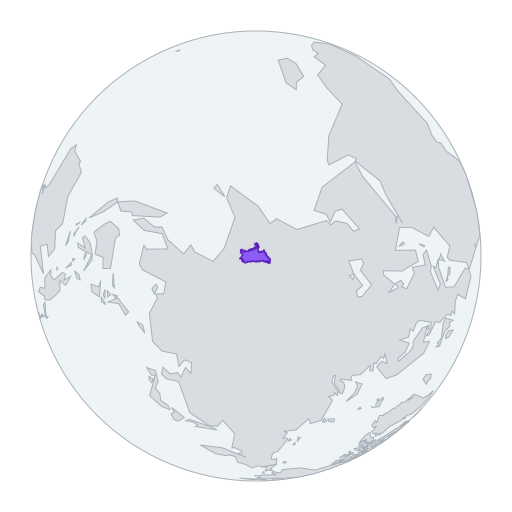 the Earth from above Uttar Pradesh, rotated 152°
{"feature_id": "IND-3253", "entity_name": "Uttar Pradesh", "entity_type": "State", "adm_level": 1, "iso_a3": "IND", "parent_name": "India", "parent_adm1": "", "projection": "orthographic", "projection_center": [80.221, 27.157], "detail": "fine", "context": "on_globe", "style": "filled", "palette": "violet", "viewbox_px": 512, "rotation_deg": 152, "n_neighbors": 0, "source": "natural_earth", "source_scale": "10m", "svg_char_len": 15578}
<svg xmlns="http://www.w3.org/2000/svg" viewBox="0 0 512 512"><g transform="rotate(152 256 256)"><circle cx="256" cy="256" r="225" fill="#eef3f6" stroke="#a8b0b8"/><path d="M323.1,41.0L336.6,47.0L346.9,51.4L339.9,49.0L363.6,59.9L374.8,67.7L358.4,57.5L353.8,55.6L359.6,59.8L356.2,58.9L357.0,60.6L352.3,59.3L343.1,54.2L339.9,53.4L344.2,56.5L342.3,57.7L336.5,53.1L332.5,54.9L316.3,48.1L304.5,39.3L291.7,36.8L269.7,31.9L268.0,32.3L258.5,31.5L253.0,31.9L250.5,31.5L248.2,32.2L251.6,32.6L251.7,33.2L248.8,33.6L245.0,32.9L246.0,32.6L243.3,32.7L242.7,32.3L241.4,32.7L237.2,32.3L236.9,33.5L229.9,33.8L228.4,33.4L234.3,32.4L242.1,31.1L258.5,30.7L274.9,31.5L291.2,33.5L307.3,36.6L323.1,41.0ZM215.0,34.5L217.4,34.1L210.4,35.5L201.2,37.6L197.6,38.4L215.0,34.5ZM192.7,39.8L191.7,40.2L181.6,43.4L192.7,39.8ZM355.1,55.2L351.6,53.1L356.2,55.6L355.1,55.2ZM357.9,61.1L360.0,62.1L359.5,62.6L357.9,61.1ZM220.9,33.5L219.1,33.8L220.9,33.5ZM224.5,33.0L225.7,32.8L227.7,32.5L226.8,32.7L224.5,33.0ZM352.0,61.3L350.6,62.1L350.5,60.3L352.0,61.3ZM222.4,33.4L230.9,32.2L234.2,31.8L233.8,32.2L222.4,33.4ZM348.8,62.0L345.5,64.7L349.9,67.0L335.7,62.6L343.2,61.4L342.2,58.7L345.4,61.0L348.8,62.0ZM253.9,32.6L250.2,32.2L256.0,32.2L253.9,32.6ZM257.6,32.5L275.3,32.9L279.3,34.1L272.6,33.5L279.9,35.2L273.2,35.5L267.6,34.7L266.4,33.7L264.7,34.7L257.6,32.5ZM328.4,60.1L326.2,60.3L326.7,59.2L328.4,60.1ZM252.2,33.4L255.4,33.2L259.1,34.2L253.4,34.8L254.0,34.3L252.2,33.4ZM285.2,35.7L286.9,36.8L281.9,37.3L281.9,37.8L273.4,35.7L285.2,35.7ZM251.7,34.3L250.3,35.2L245.9,35.2L249.3,33.8L251.7,34.3ZM262.5,34.2L264.0,34.8L261.3,34.6L262.5,34.2ZM229.4,36.7L233.2,35.9L235.5,36.3L229.4,36.7ZM250.1,35.6L251.7,35.6L253.0,35.7L251.2,36.4L250.1,35.6ZM270.5,36.4L268.0,36.5L273.7,37.2L270.2,38.0L265.1,36.5L265.8,37.4L264.8,37.7L261.8,36.3L270.5,36.4ZM253.4,37.7L245.7,36.7L238.2,37.7L236.0,37.3L248.5,35.9L253.4,37.7ZM258.6,37.0L254.8,37.3L254.0,36.4L256.0,35.7L258.6,37.0ZM269.6,39.1L276.3,38.3L277.2,38.7L269.6,39.1ZM251.3,38.1L253.2,38.4L250.9,38.3L251.3,38.1ZM264.2,38.9L266.4,38.5L267.4,38.9L264.2,38.9ZM255.1,39.5L252.7,39.0L254.0,38.4L255.1,39.5ZM259.4,39.3L260.2,40.0L255.9,38.5L260.3,39.0L259.4,39.3ZM264.7,39.4L266.0,39.5L263.6,39.5L264.7,39.4ZM251.6,42.4L245.9,40.6L248.8,39.0L253.9,41.0L251.6,42.4ZM40.2,191.2L43.2,182.9L48.6,169.3L73.6,144.5L73.5,151.7L87.0,161.4L87.7,165.0L80.2,173.9L85.6,197.8L94.3,192.2L105.1,208.3L116.0,213.6L130.3,195.6L112.5,186.4L115.2,175.2L134.2,174.2L150.6,183.2L152.2,179.2L146.7,166.1L155.5,161.4L145.4,161.2L145.8,166.3L139.5,166.6L138.7,162.0L141.9,160.3L138.3,156.3L124.3,166.4L123.2,172.7L110.8,168.5L107.8,178.9L102.7,181.2L105.9,164.8L109.4,160.2L111.2,140.4L106.4,144.6L104.4,163.9L102.8,161.1L96.3,168.0L100.0,160.5L103.4,139.4L95.6,135.8L76.9,147.2L74.2,144.7L75.8,137.0L91.3,119.7L95.7,127.5L101.3,122.4L107.9,111.6L108.7,115.2L111.9,112.0L114.3,114.9L125.0,111.2L128.6,113.6L139.9,105.2L143.2,105.6L135.6,110.3L132.2,115.2L141.9,122.4L145.8,121.7L152.4,115.9L154.2,119.1L159.4,112.6L168.4,114.6L161.7,107.1L169.2,101.2L178.5,99.1L179.8,96.1L164.6,99.6L159.6,102.4L157.3,106.8L142.8,114.4L137.9,113.7L148.6,101.3L142.8,99.2L153.6,91.4L188.0,85.0L198.7,86.7L201.5,101.4L194.9,104.0L190.6,99.8L188.0,109.1L191.4,105.7L192.9,108.6L200.5,104.5L201.9,106.4L206.7,99.5L209.4,101.4L206.3,105.8L219.7,102.2L227.1,105.5L229.5,103.8L229.9,101.2L238.9,107.6L240.3,106.2L237.8,103.4L238.9,98.9L244.3,93.8L247.1,96.3L245.5,98.4L246.5,107.2L241.9,113.2L243.7,113.8L248.3,109.2L247.1,98.4L249.6,94.7L251.1,99.4L250.7,97.4L252.8,96.4L257.6,97.8L256.3,92.6L275.6,80.2L286.7,82.5L285.9,87.6L302.4,83.7L313.7,88.0L311.4,85.3L317.7,82.4L314.3,81.0L313.7,79.5L328.4,73.2L334.1,74.1L337.9,69.7L336.7,68.5L332.7,67.4L335.7,62.6L349.9,67.0L351.8,69.4L359.4,71.0L362.8,76.6L369.0,82.5L368.3,88.6L373.4,93.3L375.8,93.5L384.4,100.4L393.9,115.2L375.6,102.3L359.3,82.9L365.1,90.3L360.6,88.6L360.7,91.4L365.1,97.1L367.5,97.7L358.3,109.0L362.4,126.5L369.8,123.8L376.8,127.9L388.0,148.7L383.3,181.4L392.7,189.7L394.9,196.1L390.3,201.4L387.0,192.1L380.2,190.0L379.0,184.3L370.6,190.7L368.6,182.9L363.0,192.2L367.8,197.8L376.0,194.6L372.1,206.9L383.5,216.0L387.4,229.1L377.1,255.4L362.7,265.3L362.3,269.6L355.2,265.9L347.8,275.5L362.6,296.8L362.9,303.6L349.9,318.2L349.3,313.4L330.5,303.6L328.4,319.8L342.7,331.1L347.6,345.4L337.3,342.1L332.1,329.5L325.4,325.6L326.2,311.8L318.8,291.7L308.3,296.5L308.1,288.1L296.3,271.4L280.7,277.6L256.4,300.0L254.6,321.1L245.6,329.9L230.8,299.0L228.3,277.9L220.4,279.3L207.3,260.1L177.3,254.3L175.3,248.3L169.2,249.7L160.4,242.0L158.3,232.2L151.9,231.2L158.0,257.0L165.2,258.3L174.4,251.1L174.5,259.8L183.3,269.1L165.2,285.7L124.5,292.6L124.5,276.2L114.0,225.2L116.5,220.8L116.6,220.2L116.8,219.2L111.7,225.9L111.3,216.1L112.6,250.2L111.1,263.6L123.9,293.3L121.7,295.1L127.0,301.9L148.8,302.1L148.1,307.2L135.4,327.8L108.6,349.7L114.5,371.1L116.5,387.1L105.0,391.7L111.2,404.6L106.0,405.4L109.2,411.9L107.9,416.0L104.0,417.5L91.6,408.6L86.7,402.3L74.2,386.0L55.1,349.5L53.8,337.8L51.0,325.6L42.5,292.6L44.0,279.7L42.8,271.5L39.7,268.8L38.8,259.0L37.3,256.2L31.5,244.0L32.5,228.6L39.6,193.4L40.2,191.2ZM58.7,161.0L56.5,164.7L58.7,161.0ZM164.0,203.6L176.5,208.2L177.9,193.9L182.8,194.7L181.4,189.8L177.9,192.9L175.7,179.9L183.6,178.0L185.6,172.3L181.5,170.5L167.4,176.2L170.5,194.5L164.6,198.8L164.0,203.6ZM127.3,93.8L125.7,97.0L121.2,99.6L116.7,98.2L123.2,94.2L127.3,93.8ZM124.5,101.1L136.3,90.2L139.6,91.2L135.7,92.3L136.7,94.1L130.8,96.5L122.3,108.8L117.8,112.1L112.0,106.7L116.4,106.4L117.7,103.0L124.5,101.1ZM160.8,66.0L166.0,62.8L166.3,68.9L161.5,71.3L156.7,69.5L159.6,65.8L160.8,66.0ZM220.1,35.0L222.0,34.5L223.1,34.5L222.3,35.0L220.1,35.0ZM231.0,36.3L212.6,37.9L213.9,37.2L201.6,39.8L200.2,39.1L208.3,37.3L198.0,39.1L204.7,37.2L197.3,38.8L215.4,34.9L221.0,33.8L215.2,35.2L216.3,35.8L218.5,35.7L228.8,34.8L241.5,33.3L244.6,34.2L243.4,35.2L240.8,35.7L239.6,34.9L237.1,36.1L233.4,35.4L231.0,36.3ZM228.0,54.7L227.7,52.2L221.9,57.2L218.2,55.4L217.8,56.1L212.7,55.9L205.9,57.2L205.0,56.1L202.7,57.1L199.3,57.3L195.9,58.4L193.2,57.0L188.7,58.3L190.0,56.9L183.0,59.8L187.0,57.1L183.0,57.4L181.3,59.9L175.0,52.3L169.3,52.2L162.5,53.9L170.1,49.8L181.5,45.9L193.4,43.4L197.7,44.5L200.4,42.8L203.3,43.0L200.0,44.3L206.8,42.4L208.3,43.0L218.9,42.6L227.8,40.3L231.9,40.3L229.2,41.6L235.2,40.8L232.8,43.3L235.7,43.5L236.1,46.5L229.2,49.2L232.9,49.3L233.5,51.9L228.0,54.7ZM251.5,43.2L244.0,46.2L238.2,46.8L239.8,41.5L237.5,40.9L238.3,38.2L246.6,37.5L245.6,38.2L246.6,38.9L243.6,38.8L246.7,39.4L245.4,40.6L247.5,41.5L244.5,42.1L251.5,43.2ZM92.1,163.0L93.3,164.8L96.0,166.5L92.0,171.2L92.1,163.0ZM94.1,148.5L95.7,149.1L91.3,155.9L90.1,154.3L94.1,148.5ZM100.4,144.0L96.2,148.6L97.7,145.1L100.4,144.0ZM137.5,110.7L139.7,111.2L138.4,112.8L135.5,114.3L137.5,110.7ZM210.2,71.5L210.9,69.4L212.4,69.2L218.0,65.2L221.2,66.6L219.1,69.5L210.2,71.5ZM125.1,197.5L119.8,199.7L119.1,197.1L121.1,196.8L125.1,197.5ZM103.4,185.1L106.6,190.5L102.3,186.3L103.4,185.1ZM214.6,72.3L216.5,70.4L216.9,72.3L214.6,72.3ZM223.9,67.4L225.0,69.3L222.3,66.3L223.9,67.4ZM226.9,473.1L230.9,474.4L227.1,474.1L226.9,473.1ZM148.2,394.8L144.4,418.6L135.5,415.9L130.4,407.4L129.5,392.1L138.8,390.4L142.4,384.0L148.2,394.8ZM395.0,368.4L400.3,367.6L400.0,368.6L395.0,368.4ZM389.7,366.9L395.9,365.4L388.4,369.1L389.7,366.9ZM398.2,364.9L404.5,361.3L407.2,359.1L406.6,361.0L398.2,364.9ZM385.4,368.0L361.0,373.0L351.0,372.3L353.6,368.6L369.7,366.6L385.4,368.0ZM352.8,368.7L337.3,361.6L314.3,335.7L322.6,335.5L346.3,349.8L344.8,353.0L354.2,359.1L352.8,368.7ZM389.4,344.0L387.9,353.1L374.7,355.3L368.5,355.2L364.3,344.7L366.7,338.5L371.8,337.7L390.3,313.4L397.0,316.7L391.7,326.6L397.1,333.0L389.4,344.0ZM255.7,323.1L261.5,335.5L256.5,337.4L255.7,323.1ZM396.8,297.3L390.0,308.1L395.9,294.5L396.8,297.3ZM399.6,285.0L400.6,289.4L397.1,285.8L399.6,285.0ZM363.1,276.1L357.7,278.1L357.1,274.9L363.6,270.3L363.1,276.1ZM390.4,240.2L392.1,249.9L391.8,253.5L388.4,248.2L390.4,240.2ZM244.8,85.2L233.4,88.9L227.4,93.2L227.3,98.1L222.5,93.2L231.9,86.4L244.8,85.2ZM271.5,80.3L271.5,76.7L274.7,77.6L275.2,78.6L271.5,80.3ZM269.2,78.5L263.2,75.3L265.3,72.9L269.6,75.9L269.2,78.5ZM238.5,72.8L234.9,73.6L234.7,72.0L238.5,72.8ZM416.2,414.3L416.9,413.7L413.0,417.5L410.3,419.4L413.6,414.2L409.6,417.9L415.7,411.1L408.8,418.1L409.6,414.9L405.5,415.8L369.0,437.7L362.4,438.5L366.9,433.6L366.5,421.6L369.0,421.2L370.9,411.8L394.1,397.0L411.7,375.2L421.2,372.4L430.5,356.6L439.4,353.1L434.9,364.4L441.8,366.0L452.0,340.1L450.9,360.4L452.3,364.1L446.4,376.4L441.7,383.5L429.7,399.5L416.2,414.3ZM474.8,308.6L475.3,306.7L475.2,307.4L474.8,308.6ZM407.9,365.3L415.6,356.4L419.3,354.5L407.9,365.3ZM475.0,306.9L474.3,308.2L474.6,306.7L475.0,306.9ZM475.5,303.7L475.8,302.0L475.5,305.4L475.5,303.7ZM474.7,302.5L475.2,303.9L474.5,303.1L474.7,302.5ZM474.0,304.0L473.3,303.8L473.4,303.2L474.0,304.0ZM461.6,319.8L464.7,326.6L461.2,329.7L457.6,326.5L453.0,335.5L443.7,340.1L446.4,334.9L445.6,329.5L434.9,332.4L432.7,329.4L436.9,324.9L429.3,325.0L437.7,319.5L440.8,326.3L445.3,317.6L452.4,315.2L458.6,313.9L462.9,316.5L461.6,319.8ZM437.0,337.7L438.3,337.1L436.9,340.1L437.0,337.7ZM472.0,301.7L473.0,303.9L472.7,305.1L472.1,305.3L472.0,301.7ZM464.0,314.2L468.8,303.4L469.8,302.6L466.4,313.0L464.0,314.2ZM468.0,300.0L469.9,299.0L470.7,301.8L470.2,303.3L468.0,300.0ZM419.9,337.3L419.5,339.7L417.2,338.7L419.9,337.3ZM423.0,334.8L429.7,334.6L422.3,337.0L423.0,334.8ZM400.7,334.0L402.9,338.8L410.0,333.2L404.6,339.9L409.0,347.4L407.2,351.2L402.9,343.0L400.8,353.5L397.6,354.2L396.2,346.1L399.6,334.7L402.8,329.4L415.3,323.7L400.7,334.0ZM423.1,328.1L421.2,322.3L422.5,317.5L424.6,320.2L423.1,328.1ZM415.0,308.6L409.3,302.7L404.7,307.1L413.5,293.4L417.6,301.4L415.0,308.6ZM409.3,293.3L405.0,297.3L409.1,289.7L409.3,293.3ZM403.6,295.1L402.5,289.9L406.2,289.5L403.6,295.1ZM411.7,292.8L411.5,283.5L413.9,288.3L411.7,292.8ZM399.5,278.3L408.4,284.9L397.8,284.0L394.7,266.5L399.0,264.9L399.5,278.3ZM407.0,200.0L404.5,195.4L407.6,193.0L408.5,196.8L407.0,200.0ZM415.6,182.6L407.6,190.9L400.9,198.2L404.2,199.7L404.9,208.8L398.5,202.1L401.4,190.9L407.0,187.0L405.4,179.7L408.0,173.4L403.7,165.1L404.1,160.7L409.7,167.2L415.6,182.6ZM401.6,161.8L395.0,147.0L402.0,146.7L405.1,149.9L405.1,156.6L401.4,156.3L401.6,161.8ZM395.4,143.5L391.7,143.2L374.3,124.6L372.3,120.8L389.4,133.9L386.8,134.5L389.9,139.4L395.4,143.5ZM328.2,61.4L326.4,60.4L328.9,60.9L328.2,61.4ZM311.6,78.8L311.2,76.9L314.2,77.4L311.6,78.8ZM311.7,72.2L308.6,73.0L310.7,71.1L311.7,72.2ZM302.0,75.0L306.8,72.8L303.9,76.5L302.0,75.0Z" fill="#d9dde1" stroke="#a8b0b8" stroke-width="1"/><path d="M264.5,253.8L264.7,254.0L264.7,254.5L264.8,254.6L265.3,254.6L265.7,254.8L266.2,254.8L266.5,254.9L266.6,255.1L266.8,255.1L267.0,255.0L266.9,254.7L267.0,254.6L267.7,254.7L268.7,255.1L268.8,255.1L268.8,255.3L269.0,255.5L269.0,255.8L269.3,256.2L269.3,256.4L269.5,256.7L269.8,256.9L270.0,256.8L270.1,257.0L270.1,257.3L270.3,257.4L270.7,257.7L270.6,257.8L269.6,257.8L269.5,258.1L269.2,258.2L269.2,258.3L269.1,258.2L269.0,258.5L269.3,258.5L269.6,258.7L270.0,258.8L269.9,259.0L270.0,259.2L269.3,259.4L269.3,259.5L269.6,259.9L269.9,260.1L270.0,260.2L270.1,260.3L270.1,260.5L270.3,260.6L270.7,260.5L271.0,260.8L271.5,261.1L271.5,261.3L271.2,261.5L270.9,261.4L270.7,261.2L270.5,261.3L270.5,261.6L270.4,261.7L270.2,261.7L270.1,261.4L269.9,261.4L269.0,262.3L267.2,263.4L267.1,263.6L267.0,264.0L267.2,264.3L267.2,264.8L267.5,265.2L267.8,265.3L267.8,265.5L267.7,265.6L267.8,265.8L267.8,266.2L267.5,266.2L267.4,266.3L267.4,266.5L267.6,266.9L267.1,267.9L266.9,268.1L266.9,268.3L266.8,268.5L266.4,268.6L265.8,268.6L265.4,268.3L265.0,268.1L265.0,267.9L264.8,267.6L265.0,267.5L265.1,267.0L265.1,266.7L265.0,266.1L265.3,266.0L265.1,265.7L264.9,265.6L264.5,265.6L263.9,265.5L263.8,265.8L263.5,265.9L263.5,265.6L263.3,265.5L263.3,265.2L263.2,265.4L263.1,265.0L262.8,265.2L262.5,265.0L262.2,264.9L261.9,264.7L261.8,264.3L261.7,264.3L261.4,264.3L261.3,264.2L260.8,264.1L260.7,263.7L260.3,263.8L260.4,264.0L260.1,264.0L260.1,263.8L259.6,263.8L259.6,264.1L259.4,264.4L259.4,264.6L259.2,264.7L259.1,264.8L258.8,264.6L258.6,264.7L258.4,264.5L258.1,264.6L257.9,264.5L258.1,264.1L258.3,263.7L258.2,263.6L258.0,263.8L257.6,263.9L257.8,264.1L257.5,264.2L257.2,263.9L257.2,264.1L256.8,264.0L257.0,264.3L256.9,264.4L256.7,264.2L256.7,264.4L256.3,264.4L256.2,264.3L256.2,264.1L256.3,264.1L256.7,263.7L256.4,263.3L256.3,263.0L256.2,262.8L255.9,262.8L255.7,263.1L254.9,263.5L254.6,263.5L254.7,263.8L254.5,264.0L254.4,263.9L254.0,263.9L253.6,263.8L253.4,264.1L253.2,263.9L253.0,264.2L252.9,264.2L252.9,263.9L253.2,263.3L252.9,263.4L252.8,263.5L252.7,263.4L252.8,263.1L252.6,263.2L252.6,263.3L252.7,263.7L252.7,263.8L252.3,263.7L252.1,263.9L252.0,263.7L251.7,263.8L251.7,263.6L251.8,263.4L251.7,263.3L251.6,263.6L251.4,263.6L251.3,263.8L251.2,263.7L251.4,263.3L251.5,262.8L251.5,262.7L251.3,262.7L251.3,262.3L251.2,262.5L251.1,262.8L250.9,262.4L250.7,262.5L250.8,262.8L250.7,263.1L250.4,262.8L250.2,262.8L250.2,263.0L249.9,263.4L250.1,263.6L250.3,264.0L250.4,264.7L250.7,265.0L250.7,265.5L250.6,265.8L251.0,265.8L251.4,266.3L251.3,266.5L251.6,266.5L251.3,267.0L251.1,267.3L250.9,267.5L250.8,267.4L250.7,267.3L250.4,267.2L249.8,266.7L249.7,266.8L249.6,267.1L249.4,267.2L249.2,267.0L249.3,266.8L249.0,266.6L248.9,266.3L249.0,265.9L248.9,265.2L248.7,264.9L249.2,264.4L249.3,264.2L249.4,263.7L249.0,262.9L249.3,262.6L249.4,262.3L249.8,262.2L250.1,262.2L250.8,261.9L250.7,261.4L251.0,261.1L251.5,260.1L251.4,260.0L251.4,259.8L251.5,259.7L251.8,259.4L251.9,259.2L251.9,258.8L251.6,258.2L251.5,257.7L251.2,257.8L251.0,257.5L250.9,257.5L250.8,257.4L250.7,257.5L250.7,257.4L250.2,257.5L249.8,257.4L249.7,257.3L249.6,257.2L249.4,257.1L249.2,257.1L249.1,257.3L248.9,257.3L248.8,257.1L249.1,256.9L248.8,256.8L248.6,256.8L248.4,256.9L248.3,257.1L248.1,256.9L247.8,256.9L247.7,256.9L247.2,256.8L247.0,257.0L246.5,257.2L246.4,257.2L246.2,257.4L246.1,257.1L247.2,256.6L247.2,256.4L247.1,256.5L247.0,256.3L246.9,256.4L246.7,256.4L246.5,256.2L246.8,256.0L246.8,255.9L247.0,255.7L246.9,255.4L246.9,255.2L246.7,255.2L246.3,254.9L246.2,254.7L246.0,254.3L246.0,254.1L245.9,254.1L245.9,253.9L245.8,253.7L245.8,253.3L246.3,253.0L246.7,252.8L246.6,252.5L246.5,252.4L246.5,252.1L246.7,251.9L246.7,251.6L246.5,251.4L246.6,251.0L246.5,250.9L246.3,250.9L246.3,250.7L246.2,250.8L246.2,250.7L245.9,250.3L246.1,250.1L246.0,249.8L245.7,249.5L245.6,249.3L245.7,249.2L245.5,248.8L245.6,248.6L245.4,248.2L245.4,247.5L245.5,247.4L245.4,247.2L245.5,247.0L245.2,246.9L245.4,246.7L245.2,246.6L245.2,246.4L245.3,246.3L245.3,246.0L245.4,245.9L245.5,245.8L245.5,245.6L245.8,244.8L246.0,244.6L246.4,244.3L246.5,244.1L247.0,243.6L247.1,243.2L247.3,243.2L247.6,243.5L248.3,243.9L247.9,244.2L247.6,244.8L247.6,245.3L247.7,245.8L247.8,246.1L248.3,245.8L248.8,246.1L249.1,245.9L249.0,245.1L249.4,245.2L249.7,245.7L250.1,245.9L250.4,246.4L250.6,246.6L251.2,246.9L251.5,247.1L251.3,247.4L251.2,247.4L251.1,247.5L250.9,247.5L251.4,247.9L251.5,248.0L251.5,248.3L252.0,248.1L252.3,248.3L252.4,248.5L252.8,248.9L253.1,248.9L253.2,249.1L253.3,249.3L253.6,249.2L253.9,249.3L254.0,249.3L254.4,249.2L254.6,249.2L254.7,249.3L254.7,249.5L254.9,249.5L255.0,249.6L255.1,249.8L255.3,249.7L255.5,249.5L255.8,249.7L256.0,249.8L256.2,250.0L256.4,250.2L256.6,250.2L256.9,250.5L256.9,250.1L257.0,250.0L257.4,250.2L257.6,250.4L257.7,250.5L257.9,250.7L258.3,250.7L258.4,250.9L258.6,251.0L259.3,251.3L259.5,251.7L259.7,252.0L259.9,252.1L260.1,252.0L260.3,252.4L260.7,252.6L260.8,252.7L261.1,252.8L261.7,253.2L261.8,253.2L262.1,253.0L262.3,253.0L263.4,253.7L263.6,253.9L264.5,253.8Z" fill="#8b5cf6" stroke="#5b21b6" stroke-width="1.5"/></g></svg>